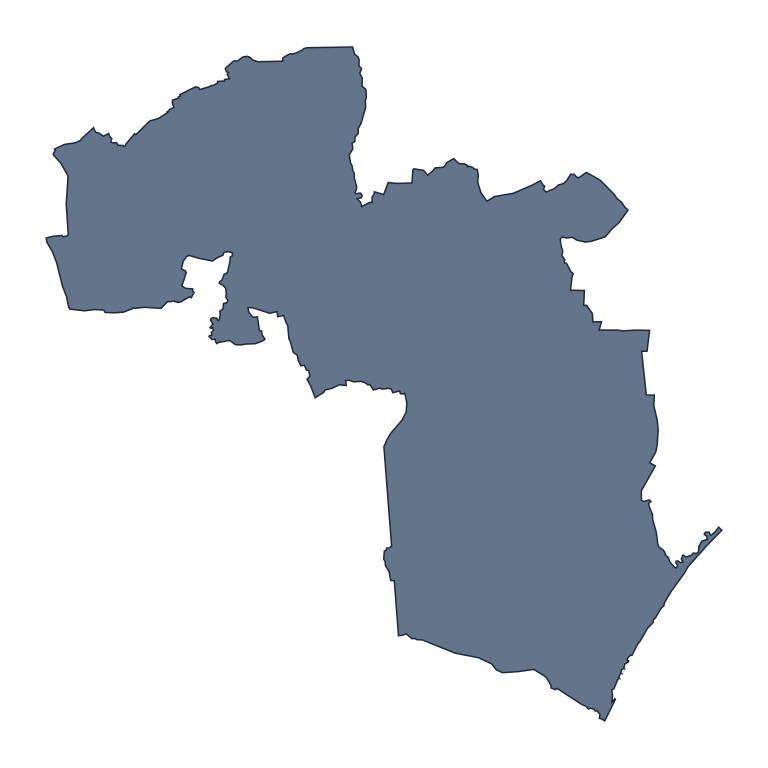 outline of Mueang Phetchaburi, Phetchaburi, Thailand
{"feature_id": "78962969B35998281204361", "entity_name": "Mueang Phetchaburi", "entity_type": "district", "adm_level": 2, "iso_a3": "THA", "parent_name": "Thailand", "parent_adm1": "Phetchaburi", "projection": "albers", "projection_center": [99.958, 13.071], "detail": "fine", "context": "isolated", "style": "filled", "palette": "slate", "viewbox_px": 768, "rotation_deg": 0, "n_neighbors": 0, "source": "geoboundaries", "source_scale": "gbopen_adm2", "svg_char_len": 6052}
<svg xmlns="http://www.w3.org/2000/svg" viewBox="0 0 768 768"><path d="M225.3,68.4L226.4,71.8L228.6,72.4L227.2,74.7L229.6,78.8L224.5,79.5L224.5,81.0L217.6,81.4L217.4,83.2L213.3,85.4L210.7,85.7L210.4,86.4L201.1,89.2L199.5,89.4L198.6,87.5L195.6,86.8L179.8,94.6L180.4,96.0L178.3,97.0L178.5,98.1L172.4,100.2L172.5,104.0L174.0,107.4L169.3,109.6L169.0,110.8L167.1,111.8L167.6,112.5L158.3,118.5L149.7,121.0L136.4,134.2L135.6,134.7L134.6,133.7L125.8,144.2L125.4,145.7L124.0,146.5L123.0,145.5L117.6,145.2L117.1,143.4L115.8,142.5L112.8,143.0L110.7,142.2L111.8,138.8L109.7,136.5L108.6,133.5L103.3,136.2L98.9,133.1L95.6,132.2L93.5,127.7L81.2,139.1L80.7,140.3L75.3,142.8L64.5,144.4L54.5,149.0L55.2,150.3L53.2,153.9L53.8,155.4L60.9,163.3L67.6,175.3L68.0,177.4L66.2,204.1L68.2,233.7L67.7,235.8L66.8,236.1L62.8,236.7L62.0,235.5L53.4,236.2L46.1,238.0L46.9,242.3L52.6,252.2L56.6,262.6L62.3,285.6L66.6,296.9L68.3,305.8L69.6,309.1L84.5,310.8L94.0,309.6L103.7,310.0L105.1,312.5L114.5,312.8L123.2,312.2L132.6,308.7L133.3,307.8L134.5,308.3L145.0,307.3L161.0,308.4L167.6,301.6L171.3,301.7L174.5,300.7L174.8,301.7L177.0,301.6L177.4,302.5L180.6,302.0L189.3,296.9L191.3,297.7L194.1,292.4L192.7,291.0L192.7,288.9L185.5,288.3L181.9,286.0L186.3,272.6L185.1,270.7L181.6,269.0L181.6,267.3L183.3,261.1L186.4,256.7L189.1,255.4L199.0,258.4L212.5,261.0L217.2,257.8L223.0,255.2L223.6,252.9L225.2,252.1L227.7,251.6L232.3,252.8L232.4,255.6L230.1,257.2L229.9,261.6L227.6,271.9L226.7,273.2L224.2,274.1L221.9,280.1L219.6,281.8L219.2,283.2L223.4,285.6L225.7,288.4L226.3,293.9L225.7,296.7L227.7,300.1L227.5,301.8L226.4,302.9L223.5,303.5L223.0,308.9L219.8,311.3L220.2,314.4L219.2,319.9L217.7,320.3L216.7,318.1L212.8,317.7L211.1,318.5L210.4,319.9L212.8,324.0L210.0,327.7L210.9,328.4L212.9,327.8L213.3,330.6L211.3,332.4L211.9,335.3L209.4,335.7L209.0,336.6L212.1,339.5L215.3,339.3L215.6,341.8L216.8,343.6L218.7,342.4L229.0,340.6L230.4,340.9L235.4,344.7L241.7,344.9L245.0,344.1L255.5,343.7L262.8,340.8L265.0,339.3L262.1,334.7L261.6,331.0L259.9,330.8L259.3,329.8L257.4,316.8L253.4,317.3L251.1,315.2L248.8,312.0L248.0,307.7L252.2,307.6L269.7,313.3L277.0,311.6L277.7,316.7L283.6,315.4L286.5,323.7L287.7,325.4L288.9,338.7L290.3,341.4L293.2,352.3L297.3,355.2L298.1,360.1L300.8,365.8L304.3,365.2L306.5,370.1L308.8,370.4L309.8,376.4L307.0,379.2L310.6,385.9L315.2,397.8L323.5,392.5L325.1,389.9L332.0,388.3L339.3,384.8L346.3,385.5L345.7,380.6L348.8,380.2L353.8,381.8L361.1,381.4L365.1,382.8L367.9,384.9L369.8,384.5L373.4,390.0L379.7,388.2L382.0,389.1L388.1,388.4L391.1,388.8L392.8,392.7L399.6,391.0L400.4,393.7L403.2,394.0L404.8,393.2L406.9,403.3L406.1,412.2L402.0,420.2L391.1,432.8L387.2,439.1L383.9,446.7L391.6,546.3L389.0,547.9L386.5,548.2L386.3,550.2L384.3,551.0L383.7,559.3L385.2,561.5L385.4,565.7L389.1,571.5L390.7,580.5L394.3,580.8L398.5,635.7L402.6,635.3L406.1,633.7L411.9,638.7L414.9,638.5L416.7,639.6L422.6,640.0L454.9,653.1L478.4,657.7L491.5,663.8L496.4,669.9L502.5,672.7L518.3,671.6L533.8,669.4L546.1,677.1L550.7,684.8L551.2,688.1L555.4,689.7L556.7,688.5L557.7,688.8L581.6,704.4L586.1,706.3L588.4,709.1L590.5,708.2L594.0,709.2L595.2,711.0L596.9,710.7L599.9,714.3L599.4,718.4L601.8,719.0L604.7,721.0L615.4,699.4L614.9,698.7L611.8,702.1L612.6,695.8L611.8,689.9L613.9,688.8L617.9,679.2L618.6,678.3L619.5,678.5L618.8,677.6L619.9,674.4L620.5,673.5L621.7,673.5L620.8,672.8L621.6,669.6L623.2,668.7L624.3,668.9L623.8,668.2L624.9,664.0L628.6,661.7L628.4,660.1L628.0,661.4L627.2,659.6L628.0,657.6L630.9,654.9L632.0,655.3L637.9,643.7L640.1,641.2L647.4,628.5L653.1,622.5L653.5,619.7L655.4,617.9L661.3,608.0L663.8,605.8L664.5,602.7L671.5,590.9L684.3,573.3L687.9,566.9L707.4,545.0L721.9,530.2L718.6,527.2L715.2,531.9L711.0,535.2L710.1,534.8L709.1,532.2L705.4,532.1L704.3,534.5L706.8,536.1L707.1,539.5L701.9,541.0L698.9,546.3L698.5,552.0L696.2,553.5L693.6,553.0L690.9,555.4L686.0,557.0L683.6,555.2L682.7,555.2L681.3,559.1L683.1,562.0L680.1,562.7L678.1,560.9L676.1,561.1L675.9,562.9L677.6,565.4L676.4,567.9L674.9,567.6L669.4,561.5L668.8,558.1L665.6,555.2L664.6,551.9L662.7,549.6L658.9,547.1L657.8,544.0L656.2,531.9L652.7,519.6L652.5,514.5L648.9,505.8L648.9,502.7L650.7,501.9L650.9,501.1L649.1,499.9L643.9,501.5L641.4,500.4L641.4,490.6L655.4,465.9L649.7,462.9L655.9,451.7L657.1,445.4L658.2,430.1L657.2,419.8L653.8,405.8L654.3,395.1L646.3,395.0L641.6,351.2L647.0,351.3L649.6,330.4L635.5,330.1L622.6,330.9L617.9,330.1L599.2,330.1L601.4,321.7L592.9,321.9L592.3,313.4L586.6,305.3L583.7,305.3L584.4,290.5L570.5,290.2L572.1,276.7L573.3,273.7L570.8,271.5L566.5,263.2L564.8,263.0L564.1,261.3L564.9,260.0L561.8,255.4L562.8,251.4L560.7,244.0L560.3,239.4L560.9,238.0L562.6,237.2L567.0,238.0L572.2,237.3L577.0,240.2L585.5,242.1L591.2,241.4L605.3,236.8L611.9,229.0L619.1,222.5L628.0,210.2L624.6,206.9L622.0,202.6L616.8,198.3L614.1,194.2L600.2,180.2L586.4,172.4L578.7,177.7L576.6,177.1L574.3,174.4L570.6,174.3L566.8,180.5L563.6,183.5L558.1,185.1L554.6,188.5L546.2,192.0L543.4,189.4L544.8,186.2L543.1,185.0L540.4,180.7L532.5,185.0L513.2,193.3L494.4,196.6L486.9,201.2L481.0,192.7L478.6,185.2L477.7,181.5L478.3,175.6L477.3,169.5L475.2,169.3L472.1,167.2L468.9,166.2L467.2,166.7L467.2,165.4L464.8,163.9L458.7,163.5L453.7,158.6L446.4,162.8L445.3,165.4L443.1,167.3L435.1,167.9L432.5,171.2L427.6,175.2L423.6,170.3L413.7,168.8L412.9,170.1L411.9,183.0L396.7,183.4L388.2,182.5L383.7,194.5L374.3,191.8L374.0,194.5L372.2,196.7L372.1,202.4L369.3,202.5L361.7,206.6L360.5,202.1L357.1,198.8L361.2,197.8L362.0,196.4L361.9,194.7L360.3,193.0L356.0,193.7L355.1,192.7L356.6,188.7L356.5,186.1L354.4,178.5L354.1,172.9L352.8,170.6L352.2,166.0L350.5,162.8L349.3,154.8L352.8,148.8L352.1,143.1L354.8,141.7L355.0,137.2L358.3,133.2L358.2,128.7L361.1,123.3L365.7,107.3L365.4,100.5L366.3,97.3L366.1,90.4L365.5,89.0L362.1,86.3L362.3,78.0L359.8,73.2L361.6,68.6L359.0,66.0L359.1,59.4L357.8,56.7L354.5,54.0L352.7,47.0L307.5,47.7L304.2,48.4L301.7,50.4L296.9,52.7L292.4,54.0L290.3,53.7L285.5,56.2L282.8,58.0L282.7,61.2L257.8,61.7L252.6,59.9L249.4,57.0L246.9,56.3L242.8,57.0L237.5,61.0L233.8,60.9L225.3,68.4Z" fill="#64748b" stroke="#1e293b" stroke-width="1.5"/></svg>